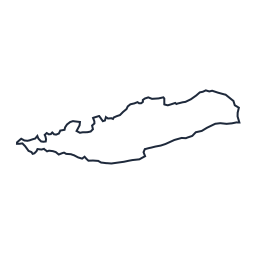 Vieques, Puerto Rico (Natural Earth projection), rotated 178°
{"feature_id": "32010507B52057892334666", "entity_name": "Vieques", "entity_type": "district", "adm_level": 2, "iso_a3": "PRI", "parent_name": "Puerto Rico", "parent_adm1": "", "projection": "natural_earth1", "projection_center": [-65.399, 18.121], "detail": "fine", "context": "isolated", "style": "outline", "palette": "slate", "viewbox_px": 256, "rotation_deg": 178, "n_neighbors": 0, "source": "geoboundaries", "source_scale": "gbopen_adm2", "svg_char_len": 3042}
<svg xmlns="http://www.w3.org/2000/svg" viewBox="0 0 256 256"><g transform="rotate(178 128 128)"><path d="M17.9,139.4L16.5,144.4L18.6,145.8L20.5,147.0L21.7,151.4L22.8,152.3L27.2,156.1L29.3,157.9L30.2,158.1L36.9,160.2L42.6,162.3L45.5,161.7L48.7,162.8L48.9,162.9L52.0,161.6L55.0,161.1L58.7,158.1L64.2,154.5L69.7,152.1L72.5,151.8L75.2,151.2L77.3,150.8L78.8,150.3L79.9,151.4L84.0,150.2L87.4,149.3L87.5,149.3L90.7,150.2L90.9,150.3L90.7,156.2L91.6,157.4L96.4,156.5L103.0,156.3L106.7,157.9L107.9,157.5L108.0,157.5L110.1,156.9L112.2,155.5L112.2,153.6L113.9,152.3L114.8,152.3L116.0,152.3L116.8,152.9L117.6,153.5L121.0,152.3L121.7,152.2L124.8,151.6L125.3,151.2L127.5,149.6L128.8,147.0L132.3,144.3L135.6,141.2L138.9,140.2L141.9,139.0L142.7,137.6L144.1,138.2L144.4,138.4L145.1,138.3L147.7,138.2L148.6,138.9L149.4,139.3L149.7,139.6L150.8,136.3L152.9,135.7L154.9,138.7L154.9,138.8L156.4,141.0L156.5,141.0L158.7,140.4L160.9,139.8L162.4,139.4L162.6,139.3L161.4,135.9L161.4,133.7L163.2,132.2L163.8,131.7L163.7,131.2L163.1,128.0L165.4,125.8L167.6,125.4L168.4,125.3L168.7,125.2L173.5,125.3L176.2,124.9L179.5,126.8L176.3,132.3L175.8,135.7L178.5,136.1L181.7,136.6L182.7,136.8L182.8,136.8L184.8,136.2L185.6,136.0L185.7,135.9L187.8,134.4L188.8,133.7L189.3,133.0L190.8,130.9L191.0,130.3L191.5,128.4L195.8,127.8L196.1,127.1L197.3,124.9L200.1,123.9L202.2,124.3L203.8,126.2L204.0,126.1L205.3,124.6L206.5,124.5L207.3,124.4L209.4,125.8L211.5,124.0L210.8,122.4L210.7,122.1L210.7,121.9L210.3,119.6L210.7,117.4L213.0,117.2L215.3,117.6L217.2,119.7L218.0,120.7L218.7,122.6L218.9,123.2L221.1,120.7L223.9,120.0L226.2,119.3L226.8,119.1L229.1,118.7L229.5,118.8L231.7,119.1L231.9,119.1L235.1,121.0L235.5,120.7L238.6,118.2L239.4,117.5L239.5,116.1L239.2,116.1L237.6,116.0L237.2,116.0L234.1,116.3L231.8,113.8L231.4,113.4L231.3,113.2L229.4,110.4L228.2,108.6L227.3,108.2L225.3,107.3L224.2,105.5L223.3,105.7L222.4,106.0L220.6,107.7L220.2,108.1L219.2,110.1L215.3,109.5L215.1,109.5L212.7,110.1L212.4,109.7L210.3,108.0L209.9,107.7L209.7,107.5L207.7,108.1L207.1,108.0L203.9,107.5L201.7,106.7L201.2,106.6L198.1,103.9L197.6,104.1L194.8,105.1L194.5,105.2L192.9,105.6L192.7,105.6L192.4,105.4L190.7,104.3L185.9,103.8L185.8,103.7L182.6,102.5L182.5,102.4L178.8,100.3L178.2,100.1L175.5,99.2L174.9,99.0L172.4,100.8L170.6,98.6L169.6,97.6L169.0,97.0L168.7,96.7L164.1,96.7L159.4,96.2L159.0,96.2L157.7,95.4L156.1,94.4L153.9,94.1L150.9,93.6L150.3,93.6L145.8,93.1L145.3,93.1L145.0,93.2L133.2,94.4L128.1,95.3L124.7,95.8L117.7,96.3L117.3,96.5L114.6,97.9L111.9,99.2L113.0,102.4L113.1,102.8L113.3,103.2L113.3,103.3L111.9,106.3L110.3,106.6L109.6,106.8L106.8,107.4L106.7,107.4L105.9,107.5L101.3,108.5L95.9,109.3L91.1,110.7L82.1,114.4L80.5,114.8L74.7,116.2L74.0,116.1L70.5,115.8L70.0,116.0L68.9,116.4L64.5,117.7L64.0,117.9L60.4,121.4L54.4,122.5L49.0,125.5L42.0,128.6L41.5,128.8L40.6,129.2L40.2,129.2L35.6,129.6L29.3,128.7L24.8,129.0L24.3,129.0L23.6,129.1L19.5,129.8L19.4,129.8L16.8,129.6L16.5,129.6L17.6,133.8L18.1,135.8L17.9,139.0L17.9,139.3L17.9,139.4Z" fill="none" stroke="#1e293b" stroke-width="2"/></g></svg>